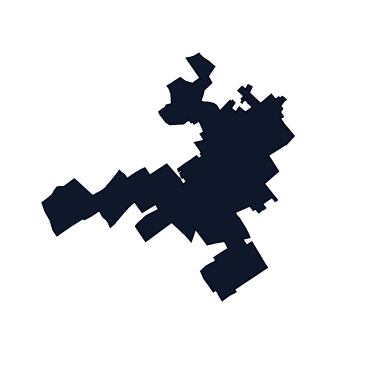 Temax, Yucatán, Mexico (Mercator projection), rotated 140°
{"feature_id": "50627088B89338735771017", "entity_name": "Temax", "entity_type": "district", "adm_level": 2, "iso_a3": "MEX", "parent_name": "Mexico", "parent_adm1": "Yucatán", "projection": "mercator", "projection_center": [-88.871, 21.173], "detail": "fine", "context": "isolated", "style": "filled", "palette": "ink", "viewbox_px": 384, "rotation_deg": 140, "n_neighbors": 0, "source": "geoboundaries", "source_scale": "gbopen_adm2", "svg_char_len": 6064}
<svg xmlns="http://www.w3.org/2000/svg" viewBox="0 0 384 384"><g transform="rotate(140 192 192)"><path d="M286.8,278.3L289.7,280.8L292.1,282.4L293.3,282.2L294.2,282.0L296.5,281.4L298.1,280.7L300.2,279.9L301.6,279.8L303.4,279.7L310.1,279.8L313.6,280.2L316.8,271.8L318.8,261.3L322.5,252.8L322.9,251.6L323.5,245.3L321.0,245.2L315.8,244.7L307.5,243.9L300.0,242.9L292.2,241.8L292.3,240.2L290.5,239.7L284.7,238.5L284.1,238.4L282.2,238.2L279.7,237.9L274.8,237.4L276.1,230.9L276.1,229.4L275.4,226.0L275.4,225.3L275.7,222.2L276.6,219.4L277.2,217.6L273.9,217.6L271.1,217.7L269.0,218.4L267.6,218.5L257.2,220.3L255.6,220.4L252.7,220.9L251.2,221.2L249.2,221.3L245.7,221.5L244.4,221.4L242.1,221.2L242.4,218.8L242.4,218.1L242.6,216.3L242.7,215.2L242.7,214.6L242.9,211.3L243.1,209.7L243.2,208.5L242.2,208.3L241.3,208.2L240.5,208.1L239.9,208.1L239.5,208.0L238.6,207.9L237.2,207.6L236.4,207.5L234.4,207.2L234.0,207.1L233.0,207.0L232.6,206.9L232.2,206.8L231.7,206.7L231.3,206.7L229.9,206.4L229.5,206.3L228.3,206.2L227.5,206.1L227.2,206.0L227.4,205.3L227.7,204.6L227.8,204.4L228.0,203.9L228.1,203.5L228.4,202.3L228.5,201.7L228.8,200.0L229.6,200.1L230.0,200.2L231.8,200.7L232.1,200.7L232.4,200.8L232.8,200.9L233.1,201.0L235.6,201.6L236.9,202.0L237.4,202.0L238.3,202.3L238.9,202.4L239.1,202.4L240.5,202.7L240.9,202.8L241.5,202.9L242.1,203.1L242.6,203.1L243.2,203.2L243.7,203.1L245.1,203.1L246.9,202.9L249.2,202.7L250.6,202.9L250.9,202.9L251.7,202.8L253.4,202.8L256.0,202.2L257.0,202.1L257.3,201.6L258.3,192.4L258.8,188.3L259.2,184.0L256.1,183.8L243.7,183.0L227.0,182.0L225.8,173.1L225.7,172.8L225.1,166.0L224.8,165.0L224.6,164.3L224.6,160.9L224.6,160.4L224.5,158.0L224.5,154.6L223.8,155.0L216.7,159.3L213.0,161.7L213.4,155.4L213.6,151.7L213.7,150.1L213.8,148.3L214.2,141.7L213.6,141.6L205.9,137.6L202.8,135.8L198.8,133.4L199.2,130.8L199.5,129.2L199.9,127.9L200.5,125.4L208.3,126.5L213.2,127.1L217.2,127.6L217.6,125.4L218.1,123.6L220.0,124.2L222.8,124.9L229.1,126.1L232.6,125.9L236.3,125.6L236.4,124.7L238.4,118.2L238.6,115.6L238.7,113.4L239.0,108.7L239.4,105.5L239.7,101.9L236.7,101.6L236.8,99.5L237.1,98.0L237.5,96.3L238.3,92.2L238.6,89.3L237.4,89.4L235.5,89.3L234.3,89.2L233.8,89.2L232.5,89.0L229.7,89.0L228.6,88.7L228.1,88.6L227.0,88.3L226.3,88.1L222.6,87.3L222.2,90.2L216.1,89.5L214.7,89.4L190.7,86.7L182.9,85.9L182.3,91.0L181.8,94.1L181.5,96.1L180.4,102.5L179.5,108.4L179.4,108.6L179.1,111.5L178.3,115.2L180.7,115.6L182.9,115.8L184.5,116.1L183.5,123.5L180.3,121.8L177.5,120.4L177.0,120.1L176.3,121.7L175.5,125.0L174.9,127.7L174.6,128.7L172.7,141.6L172.7,142.5L173.0,144.2L172.3,148.7L170.1,148.1L166.9,147.2L165.2,146.7L162.6,145.9L160.1,145.2L158.9,144.9L157.9,144.5L156.6,144.2L156.8,140.2L156.8,138.6L154.2,138.4L154.2,135.6L154.1,133.2L148.4,133.2L148.4,132.5L146.7,132.5L145.8,132.5L145.8,137.6L143.8,137.4L139.6,137.1L137.0,136.8L134.1,136.5L134.2,131.3L131.8,131.1L131.6,142.3L131.5,146.3L131.3,152.0L131.2,152.0L119.1,152.2L117.4,152.3L116.7,152.3L112.5,152.3L110.0,171.0L90.0,168.3L89.3,167.8L77.8,169.3L77.8,179.0L77.9,184.0L77.1,191.7L73.6,191.0L73.0,196.6L69.1,197.5L69.0,201.0L63.2,202.5L63.2,202.4L60.5,202.4L61.4,207.0L64.2,207.2L64.6,208.9L64.7,209.1L68.6,209.1L68.5,215.8L74.4,215.7L82.5,215.6L83.2,220.4L84.4,231.2L78.5,234.1L80.1,238.0L85.0,236.0L85.8,240.6L91.6,240.0L91.4,238.9L90.9,234.9L90.5,232.1L94.4,231.6L94.3,229.9L96.6,229.2L96.4,228.0L95.9,228.2L94.1,228.7L94.2,229.8L93.5,229.9L93.3,228.6L90.1,228.9L90.1,228.6L91.2,228.5L91.2,228.4L92.0,228.4L91.4,224.5L91.9,224.5L90.9,218.3L93.0,218.2L99.7,218.7L100.8,223.3L100.7,223.4L101.2,226.6L107.0,224.9L108.2,231.0L101.9,232.8L102.2,236.2L103.8,235.7L104.1,237.6L118.6,236.0L118.6,236.6L118.2,239.1L117.7,242.1L117.6,242.3L117.9,243.3L118.2,244.3L118.4,244.9L118.8,246.2L119.2,246.7L122.6,250.9L124.7,252.7L125.9,254.1L127.1,255.9L121.0,259.6L118.8,261.4L118.7,261.4L118.5,261.5L117.6,262.2L117.2,262.5L116.2,262.5L115.8,262.5L113.6,262.7L111.8,262.7L111.1,262.9L106.7,263.1L105.3,270.3L94.0,273.6L94.6,276.2L94.9,278.5L95.4,281.5L97.3,287.9L97.4,289.6L97.5,291.0L97.7,292.3L97.6,293.7L100.5,294.2L103.2,294.6L106.8,296.1L110.3,298.1L110.3,297.2L112.5,274.0L115.2,274.3L117.4,274.5L120.4,274.7L121.8,274.6L126.0,280.9L127.2,285.4L127.4,287.0L135.2,288.1L135.6,288.1L139.2,288.5L142.8,289.1L142.8,288.2L142.9,286.5L143.1,285.1L144.0,283.1L144.6,281.2L148.2,276.1L148.9,275.5L150.7,272.7L152.3,273.3L152.6,273.3L154.0,274.1L156.0,275.0L157.2,274.3L158.6,273.9L161.5,274.5L164.8,274.6L165.8,274.7L166.2,273.5L166.4,272.4L166.6,271.6L166.7,270.9L166.6,268.8L166.7,266.8L166.7,266.5L166.8,266.0L166.9,265.6L167.0,263.0L166.9,261.8L166.6,260.8L166.4,260.3L165.9,259.3L166.0,258.6L165.6,257.9L164.5,257.1L164.3,257.0L157.4,251.9L155.4,250.1L154.4,249.8L153.2,249.6L152.0,249.8L147.8,249.1L148.1,245.7L146.5,245.5L146.5,244.1L146.7,242.8L146.0,242.7L144.9,242.5L144.2,242.4L143.3,242.4L142.1,242.2L141.5,242.2L140.6,242.3L141.2,240.3L141.7,238.6L142.9,234.7L144.0,230.9L145.5,230.5L148.3,231.1L148.5,229.8L148.8,227.2L149.2,223.3L149.9,223.7L149.8,224.2L150.2,224.5L151.4,224.5L152.8,225.3L158.2,228.1L158.2,227.9L158.3,226.1L159.1,218.4L159.5,215.8L160.9,215.9L161.3,212.9L163.2,213.0L165.7,213.4L165.3,216.6L168.4,217.0L172.2,217.1L178.0,217.9L185.8,218.5L188.1,218.7L188.5,217.5L189.0,216.2L186.1,215.9L186.3,214.0L189.2,214.0L189.7,212.2L190.2,211.4L190.4,209.7L190.5,208.9L189.0,208.8L189.6,203.3L194.3,203.8L193.7,205.9L193.4,207.2L192.5,210.7L193.1,210.8L193.3,218.0L193.3,221.3L193.3,222.1L193.5,229.5L198.1,230.0L198.6,230.0L199.1,230.1L201.2,230.4L202.5,230.6L205.3,230.9L205.5,230.9L213.0,231.8L213.7,231.8L213.6,232.4L213.0,237.7L212.7,240.7L214.6,241.2L217.6,241.9L219.9,242.3L222.7,242.8L225.0,243.1L227.6,243.4L229.4,243.6L230.8,243.7L232.0,243.8L233.3,244.0L233.0,245.6L232.8,246.9L232.7,248.4L233.1,250.7L233.4,251.3L233.7,252.8L233.9,255.1L236.7,254.3L248.1,252.0L253.1,251.3L253.8,250.9L255.1,250.8L256.8,250.7L261.4,251.0L265.9,252.1L268.7,252.6L270.6,253.3L271.2,257.7L271.8,262.2L273.8,277.6L279.7,277.9L281.4,278.0L286.8,278.3Z" fill="#0f172a" stroke="#020617" stroke-width="1.5"/></g></svg>